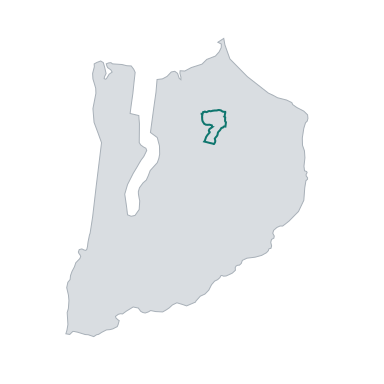 Mbacke, Diourbel, Senegal shown in context, rotated 97°
{"feature_id": "50182788B63857747785645", "entity_name": "Mbacke", "entity_type": "district", "adm_level": 2, "iso_a3": "SEN", "parent_name": "Senegal", "parent_adm1": "Diourbel", "projection": "orthographic", "projection_center": [-15.86, 14.756], "detail": "fine", "context": "in_parent", "style": "outline", "palette": "teal", "viewbox_px": 384, "rotation_deg": 97, "n_neighbors": 0, "source": "geoboundaries", "source_scale": "gbopen_adm2", "svg_char_len": 7160}
<svg xmlns="http://www.w3.org/2000/svg" viewBox="0 0 384 384"><g transform="rotate(97 192 192)"><path d="M300.9,175.2L305.7,183.5L304.8,187.6L303.8,193.5L306.5,197.7L309.7,200.4L312.0,203.0L314.6,206.5L315.1,213.5L314.7,218.6L316.4,220.8L317.8,223.7L317.6,226.1L316.7,228.3L313.7,231.2L313.3,236.4L318.3,242.7L321.5,246.1L321.5,248.1L322.4,250.3L324.8,252.8L326.2,252.2L327.8,250.1L328.5,248.6L332.7,249.2L334.7,249.8L337.5,253.9L338.6,256.7L339.3,260.1L342.2,264.4L344.7,267.4L345.3,269.3L347.5,271.9L346.3,277.7L346.5,280.6L345.1,288.4L344.8,292.0L344.9,293.3L348.3,296.0L348.1,299.9L344.6,299.3L338.7,299.0L326.8,301.2L322.7,300.5L314.8,300.9L309.3,302.1L302.2,304.7L296.7,304.2L293.7,302.3L289.8,302.4L285.4,301.4L280.7,299.6L276.4,298.7L271.7,295.2L269.5,294.6L268.0,295.5L266.8,296.7L265.4,297.5L262.9,296.9L261.9,294.4L262.7,292.1L262.9,290.3L261.7,289.4L258.9,289.1L254.3,289.1L247.0,288.5L245.3,288.1L228.8,287.6L211.7,287.7L197.2,287.8L178.9,287.8L166.1,287.8L154.1,287.8L144.8,292.5L134.8,297.7L121.3,300.5L105.8,299.4L100.8,300.2L95.7,302.4L91.9,304.1L86.5,305.1L79.6,304.2L76.8,304.7L75.1,302.4L73.1,298.6L74.4,295.8L78.6,294.0L84.9,291.7L88.3,292.9L90.2,293.0L90.6,291.5L89.9,290.7L85.2,288.6L82.7,285.9L80.6,287.5L78.9,290.8L77.4,291.8L75.2,292.7L74.0,290.4L73.5,288.2L74.5,286.6L74.0,277.1L74.6,272.1L74.3,267.7L77.3,264.8L80.2,263.0L91.2,262.9L101.5,262.7L111.5,262.9L121.6,263.0L122.6,254.1L125.8,253.5L130.6,252.5L139.5,251.5L149.4,250.4L151.5,248.7L153.2,245.7L154.2,243.1L156.3,242.0L159.0,242.9L162.7,244.2L166.5,246.4L170.8,248.3L173.7,249.5L180.6,252.6L192.5,256.9L202.3,258.5L214.0,255.3L222.5,253.2L223.5,249.4L222.2,245.7L215.8,242.3L207.2,242.8L204.6,243.7L200.6,244.9L198.2,245.3L194.1,244.6L188.9,241.7L185.7,238.8L181.2,237.4L175.8,236.1L167.1,230.0L162.6,229.0L158.4,228.7L150.2,229.9L142.2,233.1L138.0,240.5L130.1,240.4L113.1,240.2L97.5,239.9L84.6,240.4L83.3,235.1L80.3,230.8L75.4,227.2L74.3,223.8L76.0,220.8L80.8,218.5L81.9,216.7L79.4,217.0L75.6,218.5L73.1,218.6L72.8,213.9L68.6,207.9L63.9,197.7L58.6,193.5L54.2,185.3L49.5,182.1L45.2,180.6L41.6,180.9L40.2,184.6L35.7,179.2L41.9,177.3L55.3,170.6L70.7,151.2L84.5,128.3L86.3,122.9L88.0,118.7L89.2,109.3L91.1,103.8L93.0,102.7L95.3,98.4L98.1,90.9L101.3,86.7L104.8,85.9L107.6,86.3L109.5,87.8L115.3,88.8L124.9,89.1L132.2,88.0L137.5,85.4L144.3,84.1L152.8,84.0L157.2,82.9L157.7,80.7L158.8,80.1L160.5,80.9L162.2,80.6L163.8,79.0L165.3,78.9L166.9,80.3L174.0,80.6L186.6,80.0L198.3,83.9L209.1,92.2L214.7,97.8L215.1,100.6L216.9,103.5L220.1,106.3L223.1,106.8L225.7,105.0L227.8,105.1L229.4,107.3L232.4,107.7L235.8,106.4L238.3,106.8L238.7,108.1L239.3,108.8L241.0,109.1L243.2,110.7L246.4,115.1L249.0,121.4L251.0,129.4L253.7,133.7L256.9,134.4L258.8,136.0L259.2,137.9L260.1,139.2L261.7,139.9L264.4,139.4L267.6,142.1L271.2,147.9L271.7,150.5L271.2,152.0L271.4,153.0L273.7,154.0L275.9,155.9L277.7,158.7L281.6,161.3L287.4,163.4L291.7,166.7L294.4,171.1L299.8,174.8L300.9,175.2Z" fill="#d9dde1" stroke="#a8b0b8" stroke-width="1"/><path d="M111.2,190.6L111.3,190.7L111.7,190.7L112.1,190.8L112.7,190.9L113.1,190.9L113.2,191.0L113.2,192.0L113.3,192.0L113.6,191.8L113.7,191.7L113.9,191.7L114.0,191.6L114.4,191.3L114.5,191.3L114.7,191.2L114.8,191.1L115.1,191.1L115.3,191.1L115.5,191.2L115.8,191.2L116.0,191.2L116.4,191.1L116.6,191.1L116.8,191.0L117.0,191.0L117.1,190.9L117.3,190.9L117.8,190.9L118.1,190.8L118.3,190.8L118.6,190.7L118.8,190.7L119.0,190.6L119.4,190.5L119.5,190.5L119.7,190.4L119.8,190.4L120.0,190.3L120.1,190.2L120.5,190.1L120.9,189.8L121.0,189.7L121.3,189.5L121.4,189.4L121.5,189.2L121.8,189.0L122.0,188.9L122.2,188.7L122.3,188.6L122.5,188.5L122.6,188.3L122.8,188.2L122.9,187.9L123.0,187.8L123.0,187.7L123.1,187.4L123.2,187.2L123.3,187.0L123.4,186.8L123.4,186.6L123.5,186.5L123.5,186.4L123.5,186.2L123.5,185.9L123.5,185.7L123.5,185.4L123.5,185.1L123.4,184.9L123.4,184.7L123.3,184.1L123.3,183.9L123.2,183.5L123.2,183.3L123.1,183.2L123.1,182.8L123.1,182.6L123.1,182.4L123.2,182.1L123.2,181.9L123.3,181.6L123.3,181.4L123.3,181.2L123.4,180.9L123.5,180.8L123.5,180.6L123.5,180.4L123.8,180.3L124.1,180.2L124.3,180.2L124.5,180.1L124.8,179.9L125.0,179.8L125.0,179.7L125.8,180.5L127.4,182.3L128.9,182.8L129.9,182.4L130.2,181.8L130.8,181.7L131.6,182.3L133.5,183.6L135.7,184.7L139.5,185.5L140.4,186.0L141.2,179.9L141.2,179.6L141.2,179.3L141.3,179.1L141.3,178.9L141.3,178.6L141.3,178.3L141.4,178.1L141.4,177.9L141.4,177.7L141.5,177.3L141.5,177.1L141.5,176.9L141.6,176.7L141.6,176.3L141.7,176.2L141.6,175.9L141.4,175.8L141.2,175.8L140.9,175.7L140.6,175.5L140.4,175.4L140.2,175.3L139.8,175.2L139.7,175.2L139.2,175.1L138.8,175.1L138.6,175.1L138.4,175.1L138.1,175.2L137.7,175.4L137.4,175.5L137.2,175.5L136.8,175.7L136.6,175.8L136.4,175.9L136.2,175.9L135.9,175.7L135.7,175.6L135.4,175.4L135.2,175.3L135.0,175.2L134.9,175.1L134.7,175.0L134.4,174.8L134.3,174.7L134.1,174.6L133.7,174.3L133.5,174.2L133.4,174.1L133.2,174.0L133.0,173.9L132.9,173.9L132.7,173.8L132.4,173.8L132.2,173.7L131.8,173.6L131.7,173.6L131.3,173.6L131.1,173.6L130.9,173.6L130.6,173.6L130.4,173.5L130.2,173.5L129.9,173.5L129.7,173.4L129.2,173.2L128.9,173.0L128.5,172.7L128.3,172.5L128.0,172.3L127.6,172.0L127.5,171.9L127.2,171.7L126.7,171.5L126.5,171.4L126.1,171.2L125.9,171.1L125.7,171.0L125.4,170.9L125.2,170.8L125.0,170.7L124.9,170.6L124.8,170.4L124.7,170.3L124.7,170.2L124.6,169.9L124.5,169.6L124.4,169.5L124.4,169.4L124.2,169.2L124.0,168.9L123.9,168.8L123.7,168.7L123.3,168.6L123.2,168.4L123.0,168.0L122.9,167.6L123.0,167.3L123.0,166.8L122.4,166.8L118.6,166.8L118.5,167.0L118.4,167.2L118.3,167.3L118.2,167.4L118.1,167.5L117.8,167.7L117.7,167.7L117.5,167.8L117.2,167.9L116.8,167.9L116.5,167.9L116.3,168.0L116.0,168.0L115.8,168.0L115.5,168.0L115.3,168.1L115.0,168.1L114.7,168.1L114.1,168.1L113.9,168.1L113.7,168.2L113.6,168.3L113.5,168.5L113.4,168.8L113.3,169.0L113.2,168.9L112.9,168.9L112.5,168.9L111.9,168.8L111.2,168.8L109.7,168.7L109.4,168.6L108.9,168.7L108.4,168.8L108.4,169.2L108.5,169.4L108.5,169.5L108.5,169.8L108.5,170.0L108.5,170.3L108.5,170.6L108.5,170.9L108.4,171.0L108.4,171.3L108.4,171.5L108.3,171.8L108.2,171.9L108.2,172.0L108.0,172.3L107.8,172.6L107.8,172.8L107.7,172.9L107.6,173.0L107.5,173.3L107.4,173.4L107.4,173.5L107.4,173.8L107.4,174.2L107.4,174.4L107.4,174.5L107.3,174.9L107.4,175.1L107.4,175.4L107.4,175.5L107.4,175.8L107.5,175.9L107.5,176.0L107.6,176.3L107.7,176.6L107.8,176.7L107.9,176.9L107.9,177.0L108.0,177.1L108.1,177.3L108.1,177.6L108.1,177.9L108.1,178.0L108.2,178.3L108.2,178.6L108.3,178.8L108.3,179.0L108.3,179.3L108.4,179.5L108.4,179.8L108.5,179.9L108.5,180.0L108.6,180.4L108.6,180.6L108.7,180.8L108.7,181.0L108.8,181.1L108.8,181.3L108.9,181.6L109.0,181.7L109.0,181.8L109.1,182.0L109.2,182.3L109.3,182.5L109.4,182.8L109.5,183.1L109.6,183.3L109.6,183.5L109.6,183.8L109.5,184.1L109.5,184.3L109.5,184.6L109.6,185.0L109.7,185.3L109.8,185.4L109.8,185.5L109.9,185.8L110.0,185.9L110.1,186.0L110.3,186.2L110.4,186.3L110.5,186.5L110.7,186.8L110.8,187.0L110.9,187.3L111.0,187.6L110.9,187.8L110.9,188.0L110.8,188.3L110.8,188.6L110.7,188.7L110.7,188.8L110.6,189.0L110.7,189.3L110.9,189.5L111.0,189.6L111.2,189.8L111.2,190.1L111.2,190.3L111.2,190.5L111.2,190.6Z" fill="none" stroke="#0f766e" stroke-width="2"/></g></svg>